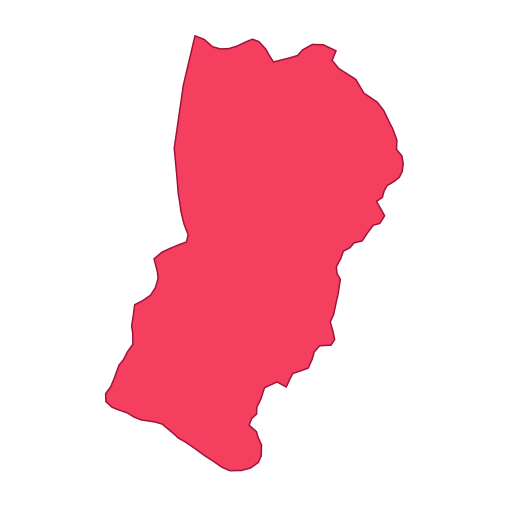 outline of Cajobi, São Paulo, Brazil, rotated 274°
{"feature_id": "56859067B15563868354726", "entity_name": "Cajobi", "entity_type": "district", "adm_level": 2, "iso_a3": "BRA", "parent_name": "Brazil", "parent_adm1": "São Paulo", "projection": "mercator", "projection_center": [-48.85, -20.875], "detail": "fine", "context": "isolated", "style": "filled", "palette": "rose", "viewbox_px": 512, "rotation_deg": 274, "n_neighbors": 0, "source": "geoboundaries", "source_scale": "gbopen_adm2", "svg_char_len": 1705}
<svg xmlns="http://www.w3.org/2000/svg" viewBox="0 0 512 512"><g transform="rotate(274 256 256)"><path d="M159.3,139.3L151.4,134.4L143.1,130.9L137.7,127.0L123.8,123.0L115.2,120.1L108.3,115.6L100.3,116.4L95.0,123.0L93.0,129.4L90.5,138.6L86.7,145.8L84.5,152.9L83.4,166.7L81.8,174.1L73.4,185.7L68.8,191.5L65.5,198.6L60.5,207.1L55.9,214.5L52.6,219.8L49.0,226.5L42.7,237.1L40.0,245.0L41.0,256.3L44.0,265.2L50.1,272.6L56.6,275.1L67.9,274.7L75.1,270.8L80.8,268.7L86.7,260.9L93.7,263.1L98.3,267.6L105.3,267.4L113.6,270.8L125.2,273.7L131.8,285.7L127.5,295.3L135.1,298.2L141.4,300.9L144.0,307.3L147.8,315.9L156.9,319.2L164.5,320.8L170.9,325.8L172.3,337.1L178.2,340.3L186.9,337.8L195.4,334.7L203.3,337.6L210.0,338.5L216.6,339.4L224.6,340.7L231.2,341.1L238.5,341.8L244.2,338.0L250.8,336.9L259.3,340.7L266.9,342.8L270.9,349.3L275.9,352.8L278.5,360.9L286.8,365.6L295.0,370.9L297.1,377.2L305.1,381.5L312.3,376.8L318.9,372.4L323.2,377.9L329.9,379.3L335.4,381.9L339.8,388.3L344.5,393.5L350.7,396.0L358.4,396.4L366.0,394.6L372.2,388.7L381.3,388.5L392.2,383.6L399.2,379.4L410.3,373.1L417.9,366.2L421.7,359.8L425.9,352.3L439.2,343.2L444.1,334.0L448.9,325.4L456.4,318.3L466.3,321.5L471.4,308.4L471.0,297.5L465.0,288.2L458.8,283.3L455.4,274.0L450.8,259.9L456.1,255.9L463.1,251.3L470.1,243.9L472.0,237.3L469.0,231.2L464.0,222.3L461.0,214.5L460.1,206.0L461.8,197.9L468.4,189.3L471.4,179.8L421.4,171.6L357.8,166.9L329.3,171.6L312.7,174.1L304.1,176.2L295.2,178.0L282.5,182.1L272.6,186.8L265.2,185.7L261.7,178.0L258.0,170.5L253.4,162.1L246.1,154.5L233.1,158.8L226.9,159.9L217.3,157.8L209.6,153.6L203.3,145.7L199.0,138.4L188.0,137.7L177.2,136.8L170.6,138.4L159.3,139.3Z" fill="#f43f5e" stroke="#9f1239" stroke-width="1.5"/></g></svg>